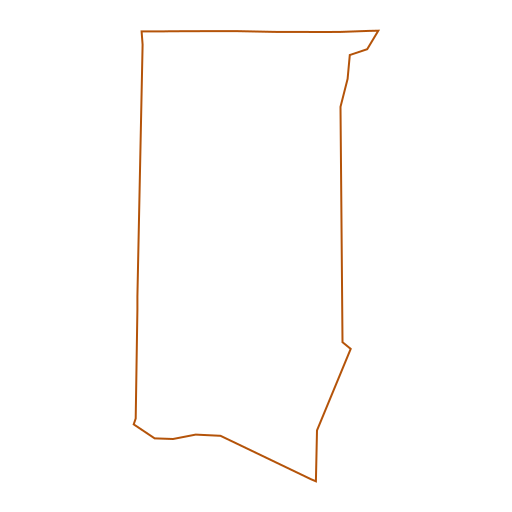 outline of Granville, North Carolina, United States of America
{"feature_id": "52423323B28325681082817", "entity_name": "Granville", "entity_type": "district", "adm_level": 2, "iso_a3": "USA", "parent_name": "United States of America", "parent_adm1": "North Carolina", "projection": "mercator", "projection_center": [-78.632, 36.282], "detail": "fine", "context": "isolated", "style": "outline", "palette": "amber", "viewbox_px": 512, "rotation_deg": 0, "n_neighbors": 0, "source": "geoboundaries", "source_scale": "gbopen_adm2", "svg_char_len": 529}
<svg xmlns="http://www.w3.org/2000/svg" viewBox="0 0 512 512"><path d="M378.3,30.7L368.7,30.9L341.3,31.9L327.6,32.0L325.3,32.0L274.8,31.9L240.3,31.2L234.4,31.1L229.7,31.1L185.0,31.2L168.0,31.3L163.1,31.4L141.6,31.4L142.6,44.6L137.4,296.5L137.4,309.5L137.3,315.8L135.7,418.5L133.7,424.4L154.7,438.4L155.6,438.4L173.0,439.0L195.7,434.6L220.5,435.8L310.7,479.1L315.9,481.3L317.0,430.4L350.7,348.9L342.5,342.2L341.9,270.6L340.5,106.8L347.6,78.9L349.8,55.0L367.2,49.2L378.3,30.7Z" fill="none" stroke="#b45309" stroke-width="2"/></svg>